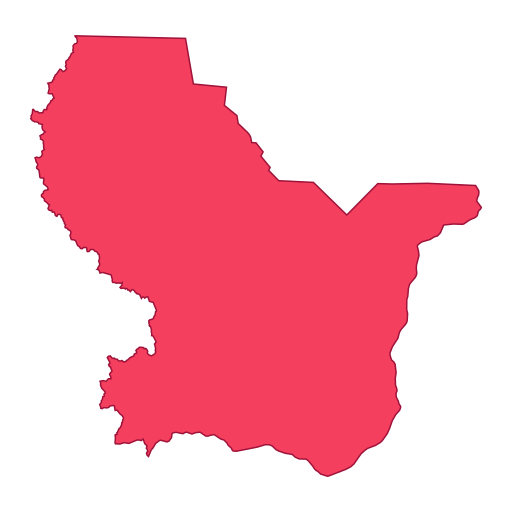 Futaleufú, Chubut, Argentina
{"feature_id": "61730980B18376344054138", "entity_name": "Futaleufú", "entity_type": "district", "adm_level": 2, "iso_a3": "ARG", "parent_name": "Argentina", "parent_adm1": "Chubut", "projection": "orthographic", "projection_center": [-71.852, -43.056], "detail": "fine", "context": "isolated", "style": "filled", "palette": "rose", "viewbox_px": 512, "rotation_deg": 0, "n_neighbors": 0, "source": "geoboundaries", "source_scale": "gbopen_adm2", "svg_char_len": 5915}
<svg xmlns="http://www.w3.org/2000/svg" viewBox="0 0 512 512"><path d="M475.6,185.5L427.5,183.3L392.2,184.0L377.8,183.6L346.8,215.0L313.4,182.4L278.7,180.7L268.7,170.4L270.1,167.4L260.9,156.2L263.1,151.9L256.0,142.8L251.7,142.6L250.6,137.1L249.5,134.9L247.7,132.6L238.2,123.5L236.9,115.6L224.4,105.4L226.5,87.2L193.4,84.0L185.5,38.4L75.1,35.8L75.2,36.5L76.9,38.3L77.4,42.0L76.5,43.4L74.6,43.9L73.0,45.9L73.3,47.6L72.8,50.6L73.6,52.2L71.4,53.5L70.1,56.6L69.0,57.7L68.9,58.7L65.9,61.3L65.8,63.3L66.2,64.6L65.4,66.1L66.6,68.7L65.0,70.7L62.9,71.6L61.1,69.6L59.9,69.2L56.5,74.1L55.1,75.2L54.9,76.4L53.8,77.8L54.0,79.1L52.8,80.2L52.0,82.2L47.8,83.2L49.0,85.5L48.9,87.1L49.3,88.3L48.1,93.2L49.2,93.8L52.1,93.7L54.1,98.0L53.1,98.6L52.1,100.3L50.8,100.8L50.3,102.6L47.8,105.3L46.9,107.6L46.7,109.6L44.3,109.5L43.2,111.1L43.0,112.6L39.3,113.0L37.6,111.6L35.1,111.4L33.4,109.4L32.7,109.5L32.3,113.6L31.0,116.1L31.5,117.8L30.7,118.7L32.6,120.8L33.3,120.8L34.3,121.8L36.3,121.8L38.5,122.6L38.8,123.7L42.4,124.4L42.0,126.9L42.3,128.7L43.2,130.4L45.2,131.9L43.4,133.4L43.2,134.2L41.8,134.6L39.9,135.9L40.6,137.4L40.5,139.0L42.5,140.0L43.6,141.6L43.2,143.1L43.6,144.3L43.7,148.2L44.4,149.5L41.8,151.3L42.4,154.2L41.3,156.4L39.4,157.7L36.3,157.2L35.0,157.8L35.8,159.9L36.0,161.6L37.6,163.8L37.6,165.4L36.6,166.9L36.7,168.3L39.0,170.2L39.9,177.2L40.4,177.8L43.7,178.2L43.9,180.1L43.6,180.7L43.5,183.8L47.3,186.9L48.2,189.2L48.0,189.7L44.5,190.5L43.4,191.9L43.3,193.2L41.6,194.5L41.4,195.6L41.6,196.7L42.7,197.2L44.4,199.1L44.4,200.7L47.5,203.1L48.4,204.5L49.4,204.8L48.0,208.5L48.7,209.9L50.7,210.7L51.8,210.4L52.3,212.2L54.0,212.0L54.9,213.5L55.2,215.1L56.0,216.0L57.0,216.3L57.9,214.4L60.2,214.5L60.8,215.0L61.4,217.5L62.9,218.2L62.8,219.1L63.6,221.3L64.4,222.2L64.4,223.7L65.6,224.6L64.9,226.7L65.3,227.7L67.2,228.3L68.3,229.8L69.6,230.2L70.6,231.4L70.9,232.2L70.7,233.7L70.0,235.4L71.1,239.2L71.8,239.7L74.2,239.9L75.7,240.9L77.6,245.5L79.3,246.6L80.5,248.4L82.0,248.8L83.6,247.5L85.9,247.5L86.8,248.1L87.0,251.0L87.4,251.6L89.0,251.5L90.8,249.4L92.8,249.5L94.1,250.0L94.6,251.1L96.8,251.7L98.3,254.2L99.0,254.2L99.6,258.1L98.7,261.3L99.4,262.9L99.7,264.8L97.8,267.9L97.7,268.9L97.1,269.3L98.3,269.7L99.5,271.1L99.9,273.0L102.9,272.5L111.1,274.9L112.3,279.4L112.2,281.3L112.9,282.5L114.2,282.4L116.4,283.2L119.1,282.9L120.1,283.4L122.2,282.5L121.9,285.3L120.0,287.4L120.9,288.4L124.0,288.1L125.4,289.0L125.7,288.5L127.1,288.6L127.8,290.0L128.6,289.9L130.4,291.6L131.9,289.7L132.7,289.6L134.4,290.8L135.5,292.7L136.4,292.8L137.0,293.9L138.7,294.0L139.9,295.0L141.4,298.4L142.1,297.4L143.2,297.0L143.8,297.0L144.6,298.1L146.7,296.9L147.8,296.8L149.5,301.4L153.2,302.4L156.4,310.2L156.3,311.3L155.6,311.7L155.0,315.2L154.2,316.1L153.3,318.4L152.8,319.0L149.6,319.9L148.7,321.0L149.0,321.8L148.9,323.2L149.4,324.1L149.2,325.5L149.6,326.2L150.4,326.4L151.4,329.4L151.3,331.4L151.8,334.2L151.6,335.6L153.2,336.1L156.0,341.6L156.1,342.0L154.5,344.0L155.4,347.3L155.6,349.5L155.2,350.4L155.7,351.8L154.9,353.8L151.5,355.9L149.2,355.0L147.5,353.6L147.3,352.7L147.7,351.6L147.4,350.4L146.2,348.8L145.5,348.4L144.3,348.8L143.6,347.6L140.6,347.2L139.2,347.4L138.1,348.7L137.0,349.1L135.9,350.5L136.6,351.8L136.5,353.1L134.3,354.0L133.8,355.9L130.2,357.5L127.9,359.8L126.4,360.5L125.7,361.7L123.1,361.8L122.6,360.9L121.9,360.5L120.7,361.0L118.4,360.8L117.4,359.3L114.8,358.9L114.2,358.1L112.9,358.4L111.9,357.9L110.3,355.9L108.4,356.3L107.3,357.5L110.0,362.8L109.8,363.6L108.8,364.1L108.6,365.0L109.5,366.6L110.6,367.0L111.1,369.0L111.9,370.5L111.9,371.1L109.6,374.0L109.8,375.0L110.8,376.8L110.9,378.8L108.5,378.7L106.0,381.3L103.0,380.6L100.0,381.3L100.6,382.4L100.6,385.1L101.0,386.4L101.9,388.4L104.8,391.5L105.3,392.7L104.0,394.1L104.2,396.2L102.8,396.7L102.3,399.6L101.3,400.8L101.4,402.4L99.7,404.6L100.7,406.9L100.7,408.2L102.2,408.7L103.7,407.6L107.2,407.9L109.1,407.1L109.5,406.3L110.5,405.9L113.3,405.5L114.3,405.9L115.1,410.4L117.2,410.3L119.7,413.6L122.3,415.8L123.4,417.9L123.4,418.7L122.7,420.0L122.4,422.4L121.7,422.8L121.6,424.7L120.3,427.6L119.0,428.6L117.4,432.4L116.9,432.7L116.9,434.5L115.5,434.5L115.1,434.9L115.4,438.5L115.0,442.7L115.4,443.8L119.9,444.0L124.2,442.7L128.9,443.4L136.8,440.1L139.2,440.0L141.2,440.6L143.2,439.1L144.7,443.6L147.0,445.8L146.3,448.3L147.2,449.3L147.8,451.6L146.7,452.5L146.5,453.4L147.1,455.2L148.5,456.5L151.2,450.0L152.9,448.1L155.7,443.4L159.4,440.6L160.6,440.2L166.9,441.9L169.0,441.1L171.5,437.7L172.0,433.6L173.2,432.8L176.0,432.3L182.9,433.7L185.3,432.4L186.7,432.2L191.9,434.0L195.9,432.6L200.1,432.2L205.8,436.1L208.6,436.0L209.9,435.4L214.1,434.6L221.1,439.2L223.8,439.9L226.8,442.8L228.2,445.3L231.3,448.1L232.5,450.6L233.8,451.1L236.6,451.2L257.3,447.1L265.3,444.7L269.5,444.8L272.1,445.9L276.1,449.7L278.6,451.0L285.3,453.3L292.2,454.4L295.3,457.2L299.1,458.9L306.1,459.1L308.3,460.8L312.8,466.2L314.3,468.6L316.2,470.6L317.5,471.1L320.6,474.0L327.3,476.2L328.6,476.0L345.7,469.4L350.7,466.8L353.8,464.1L361.1,453.7L365.3,450.0L367.6,448.4L375.5,445.4L380.3,442.5L382.3,440.6L387.2,433.7L389.5,428.6L392.3,420.6L395.8,414.5L399.6,410.3L400.6,407.6L400.6,406.3L399.0,403.9L398.3,401.2L396.4,397.4L396.1,396.0L396.1,393.2L397.1,390.6L396.5,387.8L395.5,385.2L395.3,378.2L396.1,372.6L395.1,364.2L393.7,361.8L391.5,359.9L390.2,355.8L389.9,353.1L392.5,346.5L397.9,338.3L399.3,332.8L400.2,330.9L401.3,329.2L405.5,324.4L406.6,322.6L407.2,320.6L407.6,313.6L406.7,309.5L406.8,299.6L407.8,296.2L408.4,288.5L409.3,285.1L410.3,283.2L414.9,277.9L416.0,276.1L416.8,273.4L416.3,268.5L416.5,265.0L419.0,255.4L418.4,250.6L417.3,246.5L417.6,245.2L419.7,243.3L422.1,241.8L430.1,239.5L434.2,236.9L437.5,235.9L440.4,232.8L443.7,225.0L453.4,224.0L462.5,224.3L463.9,223.9L469.7,219.9L474.8,217.7L476.5,216.5L477.3,215.4L478.4,211.2L480.8,208.7L481.3,207.3L476.7,201.1L477.4,197.7L478.6,195.2L478.9,192.3L478.8,190.9L478.2,189.7L475.6,185.5Z" fill="#f43f5e" stroke="#9f1239" stroke-width="1.5"/></svg>